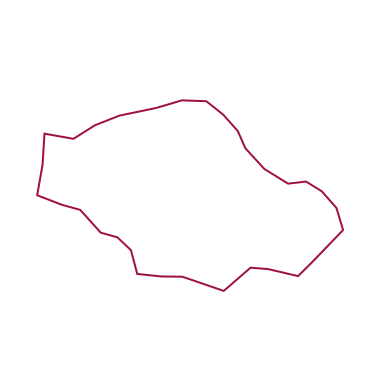 Arediou, Nicosia, Cyprus, rotated 100°
{"feature_id": "46923920B85214629039335", "entity_name": "Arediou", "entity_type": "district", "adm_level": 2, "iso_a3": "CYP", "parent_name": "Cyprus", "parent_adm1": "Nicosia", "projection": "orthographic", "projection_center": [33.205, 35.051], "detail": "fine", "context": "isolated", "style": "outline", "palette": "rose", "viewbox_px": 384, "rotation_deg": 100, "n_neighbors": 0, "source": "geoboundaries", "source_scale": "gbopen_adm2", "svg_char_len": 542}
<svg xmlns="http://www.w3.org/2000/svg" viewBox="0 0 384 384"><g transform="rotate(100 192 192)"><path d="M203.2,36.6L182.6,47.0L168.8,64.3L161.9,81.5L167.1,98.8L156.8,124.7L139.6,147.1L124.1,157.4L110.4,174.7L100.1,193.7L103.5,217.9L115.5,242.0L129.3,276.6L143.0,299.0L160.2,318.0L160.2,347.4L191.1,343.9L222.1,343.9L227.2,318.0L229.0,299.0L247.9,274.8L249.6,257.6L259.9,242.0L282.2,231.7L280.5,207.5L277.1,186.8L283.9,143.6L256.4,121.2L254.7,103.9L256.4,72.9L239.2,60.8L203.2,36.6Z" fill="none" stroke="#9f1239" stroke-width="2"/></g></svg>